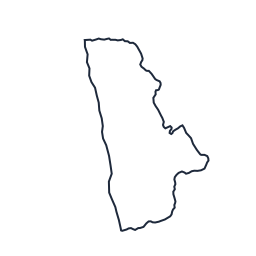 Tel Aviv, Tel Aviv, Israel, rotated 331°
{"feature_id": "584046B34315111222202", "entity_name": "Tel Aviv", "entity_type": "district", "adm_level": 2, "iso_a3": "ISR", "parent_name": "Israel", "parent_adm1": "Tel Aviv", "projection": "albers", "projection_center": [34.824, 32.095], "detail": "fine", "context": "isolated", "style": "outline", "palette": "slate", "viewbox_px": 256, "rotation_deg": 331, "n_neighbors": 0, "source": "geoboundaries", "source_scale": "gbopen_adm2", "svg_char_len": 1992}
<svg xmlns="http://www.w3.org/2000/svg" viewBox="0 0 256 256"><g transform="rotate(331 128 128)"><path d="M72.3,214.2L73.1,215.1L77.6,216.1L79.8,216.1L82.1,217.0L83.3,218.8L84.8,220.6L88.5,220.5L90.0,221.3L93.6,222.0L95.4,221.3L97.8,220.3L100.7,219.7L102.7,220.7L103.8,222.4L105.9,223.8L109.6,224.9L111.2,225.1L115.9,225.9L118.9,225.8L122.1,225.7L124.2,224.7L126.1,222.5L127.9,221.1L130.2,220.3L131.2,217.8L132.9,216.4L133.9,215.2L134.8,211.6L135.6,207.9L136.3,206.6L136.7,205.7L139.3,204.2L140.0,201.8L142.2,200.1L142.9,198.4L143.6,195.5L145.1,193.7L147.7,192.5L150.5,191.8L154.1,192.2L155.9,194.4L156.6,196.1L159.4,196.8L162.7,196.7L165.3,197.5L168.0,199.2L171.4,200.4L175.2,200.6L178.2,198.4L178.7,198.0L180.5,196.5L182.6,195.5L183.5,193.5L183.7,191.0L181.9,188.6L179.0,187.0L178.4,186.0L177.6,180.5L177.2,173.4L178.2,167.5L177.3,163.6L176.5,160.5L177.1,155.1L176.9,152.1L174.5,151.9L171.6,152.5L168.6,152.5L165.8,152.8L164.4,154.0L162.9,154.2L162.0,152.5L163.2,150.9L165.6,149.9L166.4,148.7L165.8,146.8L160.5,146.4L159.8,144.3L160.1,142.3L162.3,140.0L162.9,135.8L162.9,133.5L163.2,126.6L162.8,122.3L162.8,118.3L164.8,113.9L168.5,112.0L169.6,109.6L170.8,108.6L172.5,109.3L173.7,109.3L175.3,107.9L177.5,106.1L178.3,104.4L178.3,102.5L176.2,99.8L175.5,98.3L174.9,92.1L173.9,88.1L172.3,87.2L171.5,86.2L170.8,83.8L169.5,81.0L169.5,78.4L171.6,76.6L173.4,75.7L174.5,74.3L175.5,69.3L175.5,65.3L175.5,61.3L175.0,58.3L173.7,55.9L170.9,54.5L169.8,52.0L167.4,50.6L166.4,47.9L164.5,47.6L161.5,46.4L159.7,44.7L158.4,44.0L157.2,43.3L155.6,42.5L154.8,40.5L152.9,39.9L150.1,39.2L147.3,37.2L145.8,35.6L142.9,35.1L138.9,34.2L137.9,32.5L132.8,30.1L132.6,30.7L129.7,36.2L128.4,44.0L124.0,50.5L123.2,57.2L119.4,63.4L118.3,70.1L118.7,76.8L116.4,84.6L114.7,91.6L111.4,98.8L109.7,106.8L106.9,114.1L103.4,118.8L101.1,125.1L100.6,132.5L97.9,143.2L94.5,152.5L91.6,160.1L85.3,165.6L80.2,175.4L79.4,182.4L78.6,191.0L77.3,195.6L75.4,204.1L72.9,212.5L72.3,214.2Z" fill="none" stroke="#1e293b" stroke-width="2"/></g></svg>